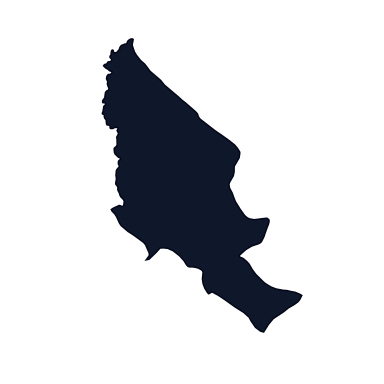 the district of San Pedro Jocopilas, Quiché, Guatemala, rotated 39°
{"feature_id": "79465075B58420470493896", "entity_name": "San Pedro Jocopilas", "entity_type": "district", "adm_level": 2, "iso_a3": "GTM", "parent_name": "Guatemala", "parent_adm1": "Quiché", "projection": "natural_earth1", "projection_center": [-91.208, 15.163], "detail": "fine", "context": "isolated", "style": "filled", "palette": "ink", "viewbox_px": 384, "rotation_deg": 39, "n_neighbors": 0, "source": "geoboundaries", "source_scale": "gbopen_adm2", "svg_char_len": 4110}
<svg xmlns="http://www.w3.org/2000/svg" viewBox="0 0 384 384"><g transform="rotate(39 192 192)"><path d="M335.8,255.7L335.6,254.4L335.2,250.8L335.0,249.1L334.7,247.0L334.8,239.3L338.7,226.8L339.7,221.8L342.3,214.8L343.4,210.7L343.4,207.8L342.4,203.3L340.7,203.5L335.2,205.1L331.7,207.0L327.8,208.9L324.6,211.1L318.3,214.5L313.3,216.1L310.2,216.6L306.4,217.0L304.6,217.0L303.4,216.9L293.4,215.9L287.6,214.4L281.6,212.1L278.3,211.6L273.4,211.5L270.4,212.5L269.6,212.3L268.8,211.5L268.7,210.7L270.1,202.6L272.3,196.6L273.8,194.1L276.1,190.6L277.1,188.2L277.1,186.4L276.0,181.5L274.5,177.5L272.7,172.4L271.6,168.8L270.9,167.4L270.2,166.0L268.9,165.1L266.9,165.2L265.8,166.1L265.3,166.6L257.8,174.4L253.5,176.8L251.1,177.3L247.7,177.2L240.1,175.1L231.8,172.2L227.5,169.8L224.0,167.6L218.6,165.3L216.0,163.0L215.1,161.0L213.9,153.5L212.1,150.0L208.6,145.5L207.3,137.0L207.1,135.8L204.6,131.6L203.7,130.8L199.9,129.5L195.9,128.7L189.4,128.7L187.5,128.8L180.1,129.2L171.6,129.9L152.6,130.3L150.2,129.8L149.2,129.2L148.2,128.6L146.8,127.8L144.1,127.4L130.9,126.9L126.4,127.0L121.8,126.7L103.3,126.3L97.4,125.0L83.5,124.6L77.7,123.1L74.5,122.4L69.2,122.2L62.7,120.7L59.1,119.4L55.6,117.2L52.9,115.4L50.3,110.5L49.4,110.5L48.7,111.0L48.2,111.7L47.8,112.3L47.6,112.9L47.3,114.1L47.2,115.1L47.3,115.7L47.7,117.0L47.9,117.9L47.5,118.6L46.9,119.2L46.3,120.0L46.1,120.5L45.8,121.1L45.5,121.6L45.0,122.3L44.9,123.0L44.9,123.6L44.9,124.1L45.0,124.7L45.2,125.6L45.6,126.4L45.8,127.3L45.8,129.6L45.7,130.4L45.6,131.1L45.1,131.8L44.3,132.5L43.5,132.7L42.8,132.5L42.2,132.0L41.6,131.6L41.0,131.6L40.6,132.3L40.6,132.9L41.1,133.8L41.5,134.5L41.8,135.0L42.5,135.7L42.8,136.3L42.7,137.0L43.0,138.3L43.5,138.9L44.0,139.0L44.8,139.2L45.7,139.3L46.2,139.5L46.6,140.1L46.8,140.8L46.6,141.7L46.2,142.5L45.8,142.9L45.2,143.3L44.9,144.1L45.0,144.6L45.1,145.4L45.1,146.4L44.5,147.1L44.0,147.7L43.8,148.6L43.9,149.6L47.1,149.9L48.7,149.6L50.0,149.4L50.9,149.6L51.6,149.6L52.2,149.5L52.7,149.2L53.5,148.8L54.1,148.8L54.5,149.2L54.7,149.9L54.7,151.7L54.3,152.3L54.0,152.6L53.4,152.9L53.0,153.4L53.0,154.9L53.2,155.9L54.3,157.8L55.5,158.5L56.7,158.9L57.6,160.0L58.1,161.2L60.3,162.7L62.2,163.6L62.6,164.3L62.9,165.4L62.6,166.4L62.1,167.2L62.1,168.2L62.3,169.4L64.3,172.7L64.8,172.7L65.1,176.7L65.4,177.7L66.0,178.4L66.7,178.6L67.5,177.9L68.2,177.6L68.9,177.6L69.4,177.8L69.7,178.4L69.8,179.1L69.6,181.0L72.1,185.2L72.5,186.4L72.8,187.3L73.5,187.6L74.3,187.4L74.8,187.3L75.3,187.3L76.0,187.9L76.3,188.5L77.6,189.5L79.1,189.8L80.4,190.3L81.5,191.7L82.8,192.9L83.7,193.3L84.9,192.6L86.2,192.0L86.8,192.2L87.2,192.8L88.1,193.8L88.8,193.8L89.6,193.3L90.5,192.5L90.8,191.8L91.1,190.8L92.2,189.7L93.1,189.0L94.2,188.9L94.7,189.3L95.0,190.3L95.1,191.3L96.4,192.0L97.6,192.5L98.1,192.9L98.4,193.6L99.0,196.8L100.6,198.2L104.1,202.4L104.4,203.1L104.5,204.3L104.3,205.4L104.2,206.1L104.1,206.8L104.2,207.3L106.3,209.5L107.3,210.3L108.5,210.9L113.1,211.3L113.9,211.0L114.9,210.7L115.6,211.0L115.9,211.5L115.9,212.2L115.6,212.8L115.5,213.4L115.5,214.2L116.1,215.2L117.0,216.4L118.0,216.9L119.1,217.5L119.4,217.9L119.6,218.4L119.5,221.9L119.9,223.2L120.4,224.0L121.1,224.8L122.4,226.9L124.0,228.3L125.2,229.6L126.5,232.0L127.2,233.2L128.1,234.0L129.5,234.2L130.7,234.6L131.6,235.1L133.0,237.0L134.5,237.8L135.9,238.3L137.9,239.7L139.6,240.5L143.6,241.0L145.1,241.7L147.2,245.0L147.4,246.4L146.9,247.3L144.3,248.0L143.8,248.5L141.0,254.2L140.3,256.4L142.2,257.2L145.9,257.6L149.1,258.7L155.3,261.8L158.3,262.7L167.1,262.9L173.4,262.2L186.1,261.6L189.2,262.2L194.1,264.8L197.1,266.3L198.6,267.9L198.9,269.0L199.1,273.5L200.9,271.3L202.1,261.6L202.4,255.7L204.8,253.5L208.6,251.0L214.4,249.5L222.8,249.4L226.4,250.0L228.7,250.3L233.5,252.0L235.6,252.3L236.6,252.0L237.6,251.5L239.1,250.1L242.0,248.4L244.8,247.1L248.4,246.5L249.5,246.6L251.0,247.2L254.9,253.1L258.4,256.3L262.5,258.7L267.7,260.5L269.1,260.5L270.0,258.1L270.2,257.4L270.6,257.1L271.7,256.7L273.2,256.5L277.3,255.7L285.9,254.9L287.7,254.8L297.8,254.2L306.5,253.2L307.9,253.0L315.3,253.4L319.1,255.0L326.5,257.2L332.8,257.0L335.8,255.7Z" fill="#0f172a" stroke="#020617" stroke-width="1.5"/></g></svg>